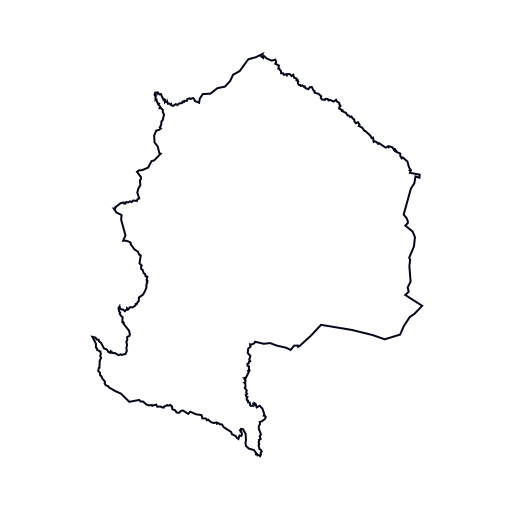 outline of Chivolo, Magdalena, Colombia, rotated 350°
{"feature_id": "7082276B43456063324941", "entity_name": "Chivolo", "entity_type": "district", "adm_level": 2, "iso_a3": "COL", "parent_name": "Colombia", "parent_adm1": "Magdalena", "projection": "robinson", "projection_center": [-74.55, 10.09], "detail": "fine", "context": "isolated", "style": "outline", "palette": "ink", "viewbox_px": 512, "rotation_deg": 350, "n_neighbors": 0, "source": "geoboundaries", "source_scale": "gbopen_adm2", "svg_char_len": 6028}
<svg xmlns="http://www.w3.org/2000/svg" viewBox="0 0 512 512"><g transform="rotate(350 256 256)"><path d="M333.8,99.2L333.4,97.4L332.4,97.6L331.4,96.1L329.6,96.3L329.3,95.3L328.0,95.0L327.2,93.3L327.9,91.3L326.6,90.3L327.1,89.9L326.5,89.7L326.7,88.2L324.6,87.1L324.1,84.0L322.2,84.9L321.0,82.8L318.3,82.3L317.7,83.4L317.0,82.2L314.8,82.4L314.5,80.8L312.5,80.5L312.7,77.9L311.5,76.5L311.5,75.5L310.6,75.3L311.6,72.4L308.4,70.0L309.6,68.4L309.1,66.0L305.4,66.3L301.0,63.5L298.4,60.2L297.4,62.2L295.6,60.1L297.2,58.2L290.4,60.2L282.6,60.9L272.0,71.1L264.9,73.5L260.9,79.2L254.8,83.8L247.2,84.0L239.3,88.2L231.7,87.3L227.9,91.3L226.6,95.2L222.6,92.6L222.5,90.8L221.4,89.5L218.7,90.0L218.1,89.2L215.7,89.5L214.9,91.2L212.3,90.8L212.1,91.7L211.2,91.9L210.4,91.3L209.6,92.6L206.9,92.4L204.8,93.7L203.4,92.5L200.4,93.8L198.7,92.8L198.8,91.8L198.2,92.2L197.3,90.9L195.7,90.8L195.4,88.8L195.2,89.3L193.8,88.1L193.1,88.6L193.5,86.2L192.8,85.6L192.0,86.2L190.4,79.9L188.9,80.1L187.8,78.1L187.3,78.6L187.4,78.0L185.2,77.5L184.4,78.9L184.9,79.9L184.2,80.1L184.9,81.7L184.2,83.7L185.1,84.4L184.5,85.1L185.0,85.1L185.7,88.5L186.8,89.1L186.1,89.7L187.6,92.2L186.7,93.7L188.4,94.0L189.6,96.1L189.2,98.2L190.0,100.7L187.7,105.9L186.3,107.0L185.3,110.6L183.6,112.5L184.5,113.9L182.3,115.0L179.5,115.2L176.6,119.7L175.8,126.5L178.2,131.0L178.7,138.0L179.9,138.7L172.3,144.2L169.6,144.4L165.1,150.2L158.8,151.7L155.6,151.4L153.4,152.4L156.4,158.3L156.1,160.1L154.8,161.4L154.4,166.2L151.9,169.0L150.1,173.0L151.0,179.0L149.0,179.7L148.2,181.1L144.7,180.0L143.0,181.3L141.4,180.3L139.5,181.0L137.6,180.3L136.3,181.8L135.3,181.5L135.0,180.3L131.9,180.5L125.8,183.6L126.1,184.1L125.2,185.3L124.3,184.9L126.1,188.9L130.7,192.3L129.5,197.0L131.0,213.1L127.8,217.9L130.8,218.4L133.9,220.2L135.0,221.5L134.6,222.5L137.4,228.3L140.5,231.3L141.2,234.4L142.6,235.4L140.0,243.0L141.8,245.5L141.0,246.3L140.7,248.9L141.9,250.0L142.4,253.4L143.7,254.5L143.7,256.7L145.4,257.5L144.1,260.5L144.8,261.5L144.0,262.4L144.4,263.2L143.2,264.8L142.5,268.3L139.6,272.6L137.7,274.6L133.5,276.5L132.6,280.3L131.2,281.0L130.6,282.4L129.2,282.4L128.6,283.9L125.4,285.2L123.1,284.5L121.2,286.2L120.1,285.1L120.0,286.6L118.6,286.5L117.3,287.6L115.8,285.7L114.1,285.3L112.9,283.3L112.9,281.9L111.5,283.5L111.6,286.9L112.4,288.1L111.8,289.2L112.7,291.6L114.0,293.0L112.9,297.8L113.9,298.1L114.2,299.0L113.7,299.6L118.0,307.5L118.2,311.4L117.4,312.7L115.0,313.5L114.6,316.5L113.4,318.0L113.6,321.3L112.5,323.5L112.2,327.3L110.5,329.8L106.5,330.1L105.8,329.3L103.4,329.8L100.2,327.1L98.3,326.8L97.3,325.6L97.4,326.2L95.6,326.1L95.5,325.1L94.0,325.0L92.8,322.1L90.2,320.6L88.4,314.7L86.4,312.5L86.5,311.2L84.5,310.4L83.8,308.5L80.8,307.2L83.1,314.4L82.5,318.4L83.4,319.6L83.2,320.8L86.1,323.0L86.2,325.6L85.2,327.4L85.7,329.5L83.9,332.0L82.5,338.7L81.8,338.8L80.7,341.9L82.0,343.8L81.8,346.6L82.8,347.3L83.4,350.0L85.5,353.6L84.8,355.1L85.5,357.1L87.8,358.5L88.3,359.8L93.8,364.5L99.1,368.1L105.9,377.6L116.0,377.5L117.2,379.3L119.4,379.7L122.4,383.3L124.8,384.6L127.6,384.6L127.8,385.5L131.9,385.0L132.7,387.4L135.5,387.5L137.4,388.9L138.9,389.2L139.1,388.5L142.7,387.4L143.3,388.1L145.9,387.8L146.4,389.2L147.2,389.5L147.0,392.4L149.6,393.9L150.6,396.3L152.9,397.1L155.7,395.3L157.5,395.7L161.8,399.7L164.2,397.9L169.3,401.4L174.7,403.2L175.0,406.6L178.4,407.3L179.2,409.2L180.4,408.8L182.7,411.6L185.4,413.2L188.2,413.0L188.4,414.4L190.0,414.0L191.1,415.4L193.2,415.9L194.5,419.0L201.0,425.0L201.3,427.3L204.9,429.9L205.4,431.6L206.9,433.1L208.6,429.9L210.3,430.6L211.1,429.5L211.2,427.0L210.3,426.3L210.8,425.3L210.1,424.8L211.3,423.6L213.1,424.3L214.9,429.3L214.1,436.0L213.2,437.9L213.1,441.3L215.5,444.4L220.3,446.8L221.9,450.1L221.5,451.2L222.5,451.2L222.8,452.6L224.5,452.6L225.3,453.8L226.4,452.3L226.5,450.5L227.7,449.5L227.0,447.5L225.9,446.9L225.7,442.8L226.5,441.9L226.2,439.8L227.1,438.6L226.9,437.7L228.8,437.0L228.3,434.3L229.9,432.5L228.8,426.8L229.1,424.2L230.7,422.3L230.9,420.0L232.8,419.9L236.1,418.3L237.7,416.4L237.1,415.1L235.9,414.6L236.7,413.1L235.8,407.4L233.6,404.1L230.4,405.2L230.0,401.8L228.8,400.6L228.5,402.1L227.6,401.5L227.6,403.0L224.8,402.7L224.2,401.6L224.4,399.3L222.8,398.7L223.1,397.0L222.0,396.3L222.0,394.9L223.1,393.3L222.1,392.7L221.8,390.9L223.2,390.3L222.6,388.5L223.5,386.9L222.0,383.8L223.0,382.9L223.3,379.5L222.4,378.7L223.7,378.0L224.1,376.3L223.4,375.5L224.3,374.7L223.5,374.1L225.1,373.9L228.5,369.3L228.3,368.0L229.3,368.2L229.8,367.3L229.3,366.5L229.9,363.5L228.6,362.6L228.8,360.7L230.2,360.4L230.8,358.8L232.0,358.6L231.4,356.8L233.1,353.5L231.0,350.1L232.3,345.8L234.8,344.4L234.8,341.9L236.3,342.4L239.1,341.7L240.2,340.3L248.4,343.8L254.8,344.2L260.6,347.7L269.8,351.6L273.8,354.5L278.0,350.9L281.7,351.5L281.7,352.7L283.5,352.1L296.1,344.1L308.1,335.1L337.6,345.5L356.9,354.0L368.3,360.4L384.3,358.4L389.4,350.7L396.8,342.8L402.1,340.4L411.0,333.9L396.2,320.3L400.2,317.7L399.9,313.3L403.8,308.0L405.3,292.5L407.1,286.7L406.6,284.2L413.2,274.1L415.8,265.0L414.5,259.1L408.3,252.0L411.1,250.0L411.6,248.3L410.8,244.6L408.6,240.9L420.2,216.6L424.6,211.8L426.9,205.3L430.5,207.3L431.3,204.3L422.0,200.8L423.2,198.8L422.3,198.2L423.2,197.6L422.1,195.5L421.5,189.2L417.6,184.4L416.4,185.1L415.5,182.6L415.8,180.1L413.1,178.4L412.1,176.4L411.7,177.3L410.8,176.5L410.3,175.6L410.9,174.5L409.6,174.0L409.1,172.6L406.7,171.3L405.6,171.9L405.3,170.9L402.5,171.8L396.7,166.2L395.7,166.8L394.6,164.8L392.8,163.7L391.7,164.0L391.8,159.7L390.3,159.8L389.5,157.3L385.3,151.8L384.6,151.7L382.8,148.0L379.8,145.8L380.8,144.7L379.6,141.9L377.5,142.6L376.3,140.6L376.4,138.5L375.3,137.6L374.2,135.2L372.9,135.5L371.9,133.9L370.6,133.5L369.3,130.6L367.1,129.1L366.6,127.7L365.6,128.0L365.5,126.7L363.5,125.2L363.9,123.8L365.3,122.9L364.4,121.0L364.6,119.7L362.6,118.0L362.0,116.1L359.3,117.4L356.0,115.1L354.4,115.4L353.8,113.8L351.6,113.3L350.9,114.2L348.1,113.3L347.2,111.4L348.0,110.0L345.8,107.2L342.1,105.4L342.3,103.6L341.4,103.2L340.3,99.3L338.4,99.1L336.5,100.8L333.8,99.2Z" fill="none" stroke="#020617" stroke-width="2"/></g></svg>